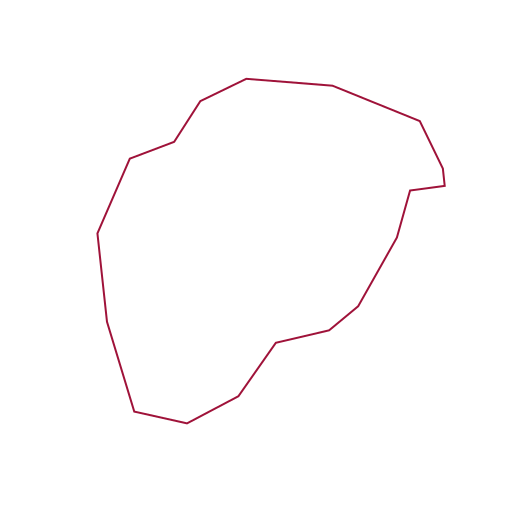 outline of Mauritius, rotated 198°
{"feature_id": "MUS", "entity_name": "Mauritius", "entity_type": "country or territory", "adm_level": 0, "iso_a3": "MUS", "parent_name": "Seven seas (open ocean)", "parent_adm1": "", "projection": "albers", "projection_center": [57.545, -20.252], "detail": "fine", "context": "isolated", "style": "outline", "palette": "rose", "viewbox_px": 512, "rotation_deg": 198, "n_neighbors": 0, "source": "natural_earth", "source_scale": "50m", "svg_char_len": 391}
<svg xmlns="http://www.w3.org/2000/svg" viewBox="0 0 512 512"><g transform="rotate(198 256 256)"><path d="M320.0,421.5L235.9,441.6L141.9,434.9L105.3,396.9L98.2,381.0L129.7,365.9L127.7,317.1L143.3,239.8L163.5,207.9L210.3,179.6L229.4,117.2L269.9,75.5L323.7,70.4L377.4,147.4L413.8,228.5L406.1,309.6L369.1,339.3L356.8,386.1L320.0,421.5Z" fill="none" stroke="#9f1239" stroke-width="2"/></g></svg>